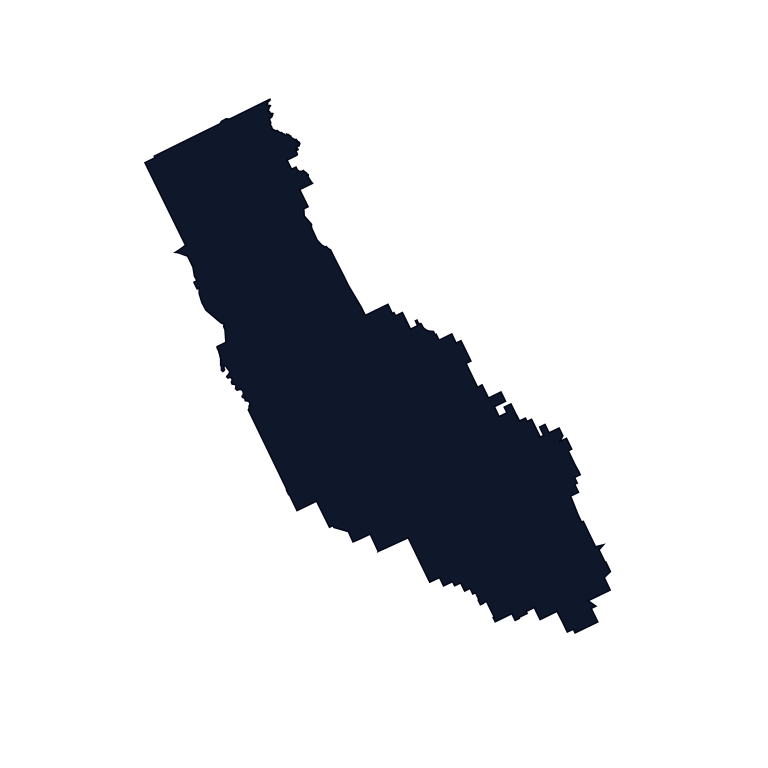 Woodanilling, Western Australia, Australia, rotated 64°
{"feature_id": "25037944B81892326519969", "entity_name": "Woodanilling", "entity_type": "district", "adm_level": 2, "iso_a3": "AUS", "parent_name": "Australia", "parent_adm1": "Western Australia", "projection": "orthographic", "projection_center": [117.181, -33.52], "detail": "fine", "context": "isolated", "style": "filled", "palette": "ink", "viewbox_px": 768, "rotation_deg": 64, "n_neighbors": 0, "source": "geoboundaries", "source_scale": "gbopen_adm2", "svg_char_len": 5940}
<svg xmlns="http://www.w3.org/2000/svg" viewBox="0 0 768 768"><g transform="rotate(64 384 384)"><path d="M641.2,262.6L641.2,263.4L627.3,263.4L624.7,257.1L623.0,265.2L594.8,265.1L594.8,267.0L586.6,266.9L569.4,265.6L566.6,265.5L566.6,256.6L557.8,256.6L557.8,253.7L551.5,253.7L551.6,247.4L547.9,247.3L541.3,247.7L524.8,247.6L524.8,243.8L512.8,243.8L512.8,251.1L509.0,245.9L500.3,245.9L500.2,257.0L490.9,257.0L490.9,263.0L500.2,263.1L500.2,266.8L480.4,266.8L480.4,271.8L476.6,271.8L476.6,278.4L470.7,278.4L470.7,278.6L457.5,278.6L457.5,286.1L463.7,286.1L463.7,294.8L452.8,294.7L452.8,282.3L442.4,282.3L442.4,296.2L427.7,296.2L427.8,298.1L427.9,299.5L428.3,301.3L401.5,301.2L401.5,295.8L378.8,295.8L378.8,301.2L368.7,301.1L368.7,315.3L362.2,315.3L362.2,316.5L358.4,316.5L356.4,320.0L354.5,322.1L350.8,324.0L346.1,324.2L344.6,326.5L341.0,326.3L341.0,328.2L346.3,328.2L346.3,336.1L327.8,336.1L327.8,343.7L324.2,343.7L324.2,345.6L314.1,345.5L314.1,370.4L314.0,370.7L305.3,370.7L279.8,372.8L268.8,372.8L249.7,373.2L240.2,373.2L237.7,374.8L235.1,375.6L234.9,377.0L231.7,379.1L225.4,381.0L211.3,380.6L211.3,380.4L211.1,380.4L208.7,379.1L198.0,382.0L191.4,379.3L191.4,374.5L172.3,374.5L172.3,360.2L170.1,360.8L164.7,361.4L162.7,360.3L161.7,361.0L160.2,361.2L157.7,362.7L156.8,362.7L156.8,364.5L156.0,366.5L155.3,367.3L153.3,368.0L150.4,368.0L150.4,372.9L140.3,373.0L140.2,362.5L139.9,362.4L139.8,362.1L140.0,361.8L140.0,361.4L139.7,361.2L139.2,361.1L139.0,361.3L138.8,361.1L138.5,361.2L138.1,361.0L137.8,361.1L137.5,360.9L137.2,361.0L136.9,361.0L136.4,361.2L135.8,361.1L135.7,360.9L135.7,360.3L135.7,359.7L135.4,359.2L135.8,358.6L135.7,358.4L134.8,358.4L134.0,359.5L133.7,359.6L133.3,359.7L133.1,359.5L133.1,359.3L133.3,359.2L133.3,358.4L132.9,358.1L132.6,357.3L132.4,357.2L132.4,356.9L132.2,356.9L132.2,356.7L132.6,356.4L132.7,356.1L132.8,356.0L132.8,355.8L132.3,355.6L132.0,355.7L131.0,355.3L131.1,354.9L131.4,354.7L131.3,354.3L131.1,354.3L129.5,354.2L129.3,354.4L129.3,354.6L128.9,354.6L128.8,354.8L128.7,354.9L128.9,355.2L128.6,355.4L128.4,355.6L128.1,355.6L128.1,355.3L127.8,355.4L127.5,355.3L127.2,355.3L126.8,355.7L126.2,355.8L125.8,355.6L125.6,355.7L125.2,357.1L123.7,358.1L122.9,358.4L122.5,359.1L122.3,359.3L121.7,359.5L121.3,359.5L120.9,359.3L120.6,359.0L120.4,359.1L120.1,359.6L119.1,359.8L118.4,360.5L117.7,360.7L117.6,360.8L117.6,361.3L116.7,361.9L116.5,362.1L116.5,362.3L117.0,362.6L117.5,363.0L117.6,363.4L117.4,363.9L117.1,364.1L116.6,364.3L115.5,364.2L114.8,365.4L114.3,365.3L113.3,365.7L113.1,365.9L113.2,366.0L113.1,366.7L112.7,367.0L112.0,367.3L111.2,368.3L110.1,368.4L109.6,368.6L109.3,369.0L108.9,370.3L108.7,370.6L107.9,371.3L107.0,371.5L106.9,371.7L106.8,372.6L106.6,372.9L106.3,373.0L106.2,372.8L105.8,372.5L103.9,372.4L103.4,372.2L102.8,372.4L100.5,372.3L100.2,372.1L100.0,371.6L99.6,371.2L96.6,371.0L96.1,370.9L95.7,370.6L95.3,369.9L94.9,368.6L94.9,368.2L94.7,367.6L94.3,367.6L94.1,367.3L93.6,367.3L93.6,367.0L93.8,366.6L93.7,366.5L93.3,366.6L92.9,365.9L92.7,365.8L92.5,366.0L92.4,366.0L92.3,365.9L92.1,366.0L91.9,365.9L91.9,365.7L91.6,366.0L91.6,366.6L91.3,367.0L90.7,367.4L89.2,367.5L88.5,367.7L88.5,368.2L88.4,368.5L88.1,368.7L87.8,368.7L87.5,368.3L87.4,368.1L86.9,367.6L86.2,367.4L86.2,366.9L84.8,365.6L84.6,365.3L84.7,364.8L84.0,364.0L83.5,364.6L83.1,365.6L82.9,365.8L82.8,366.1L82.0,366.8L81.7,366.8L81.4,366.1L81.0,365.6L80.8,365.6L79.8,364.9L79.6,364.8L79.3,364.9L79.1,364.8L79.1,364.3L79.4,363.9L79.5,363.6L79.3,363.3L79.1,363.3L79.2,362.9L79.2,362.5L78.9,362.2L78.5,361.6L78.3,361.5L78.0,361.6L78.2,406.6L76.4,409.6L76.7,415.0L78.2,417.2L78.3,452.1L78.5,490.6L80.2,490.6L80.3,501.9L172.3,501.6L173.5,508.4L174.2,513.9L175.5,511.8L183.0,504.5L195.2,504.5L203.9,507.1L209.2,506.9L209.2,510.3L216.7,510.3L216.7,508.0L221.7,510.5L231.0,512.0L239.5,511.7L257.5,503.8L260.4,501.4L261.8,502.9L265.7,503.2L277.2,507.9L277.2,517.7L278.0,518.1L278.7,518.2L282.4,518.2L283.6,518.6L285.6,518.8L287.7,519.4L288.9,519.5L290.4,520.1L291.9,520.9L293.1,521.3L294.2,522.1L295.2,522.2L295.7,522.6L296.0,522.3L296.3,522.2L297.1,522.7L299.3,523.5L300.4,524.2L300.9,524.0L301.1,523.4L302.2,523.3L302.1,522.7L301.9,522.4L301.9,521.8L301.6,521.6L301.3,521.1L301.1,520.9L300.7,520.8L299.6,521.0L298.7,520.3L297.2,519.8L297.2,519.6L297.3,519.4L298.2,518.6L298.6,518.4L302.1,517.9L303.8,517.3L304.2,517.3L305.3,517.6L306.3,518.1L306.6,518.4L307.3,520.0L307.7,520.4L308.0,521.3L308.1,521.8L308.3,522.1L309.1,522.1L310.1,521.8L310.3,521.6L310.5,519.6L311.1,518.8L312.0,518.4L312.3,518.6L313.1,518.5L314.0,518.8L315.0,520.0L315.5,520.4L317.0,520.7L317.5,520.5L317.8,520.2L319.0,518.3L319.4,518.2L319.7,517.9L320.2,517.6L320.8,517.7L322.8,519.4L323.3,519.5L324.0,519.1L324.9,519.0L325.2,518.7L325.5,516.8L325.8,515.8L326.5,514.7L328.3,514.0L330.5,514.4L331.4,514.9L332.3,515.9L332.6,516.8L333.4,517.2L333.8,517.1L334.2,516.9L335.0,516.1L335.8,515.5L336.2,515.4L336.7,515.5L337.2,515.9L338.3,516.0L338.5,515.7L338.8,515.0L339.3,514.6L339.6,513.9L340.1,513.5L340.6,513.2L341.9,512.9L343.6,513.6L344.1,514.1L344.4,514.7L344.8,515.0L345.2,515.3L346.3,515.6L347.8,517.1L347.8,517.3L348.0,517.3L434.5,517.6L435.2,517.7L436.4,518.1L437.0,518.2L441.6,518.2L442.7,517.7L443.2,517.6L459.7,517.7L459.7,496.0L488.9,495.8L488.9,491.9L491.0,491.9L501.0,480.8L512.4,481.1L512.8,471.4L512.7,471.2L512.9,462.2L531.9,462.6L532.0,462.7L532.0,460.2L532.1,458.4L532.8,429.7L582.2,429.8L582.3,419.0L591.6,419.0L591.7,409.0L596.3,409.0L596.4,402.3L605.5,402.3L605.5,396.2L611.7,396.3L611.7,393.2L619.1,393.3L619.5,394.1L624.7,394.1L624.7,390.8L624.3,390.8L624.3,387.2L634.1,387.2L641.8,387.1L641.7,388.3L646.5,388.3L646.5,369.8L654.0,369.8L654.0,365.1L652.7,365.1L653.1,363.2L653.0,361.4L653.0,355.9L650.8,355.9L650.8,347.0L664.2,347.0L664.2,328.2L676.7,327.9L687.3,328.0L687.4,321.3L691.5,321.4L691.6,296.1L676.6,296.1L676.6,290.9L668.5,295.4L668.3,295.7L668.4,271.0L654.6,270.9L651.8,262.7L641.2,262.6Z" fill="#0f172a" stroke="#020617" stroke-width="1.5"/></g></svg>